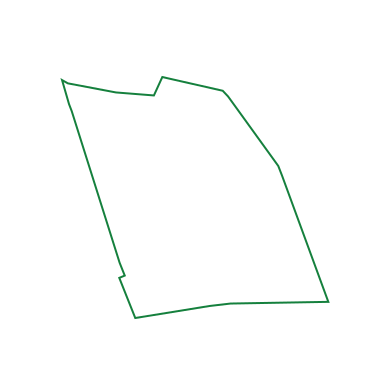 outline of Wyoming, Pennsylvania, United States of America, rotated 252°
{"feature_id": "52423323B85035932341435", "entity_name": "Wyoming", "entity_type": "district", "adm_level": 2, "iso_a3": "USA", "parent_name": "United States of America", "parent_adm1": "Pennsylvania", "projection": "mercator", "projection_center": [-75.987, 41.514], "detail": "fine", "context": "isolated", "style": "outline", "palette": "green", "viewbox_px": 384, "rotation_deg": 252, "n_neighbors": 0, "source": "geoboundaries", "source_scale": "gbopen_adm2", "svg_char_len": 410}
<svg xmlns="http://www.w3.org/2000/svg" viewBox="0 0 384 384"><g transform="rotate(252 192 192)"><path d="M45.4,287.7L61.3,287.1L179.5,282.7L190.1,282.1L258.2,260.2L271.8,255.8L278.8,252.5L310.5,199.3L295.6,185.6L310.2,150.4L333.7,107.5L338.6,103.0L313.6,102.2L306.0,102.6L147.1,101.3L133.3,102.2L132.8,96.3L89.7,99.1L78.2,173.3L74.0,194.2L45.4,287.7Z" fill="none" stroke="#15803d" stroke-width="2"/></g></svg>